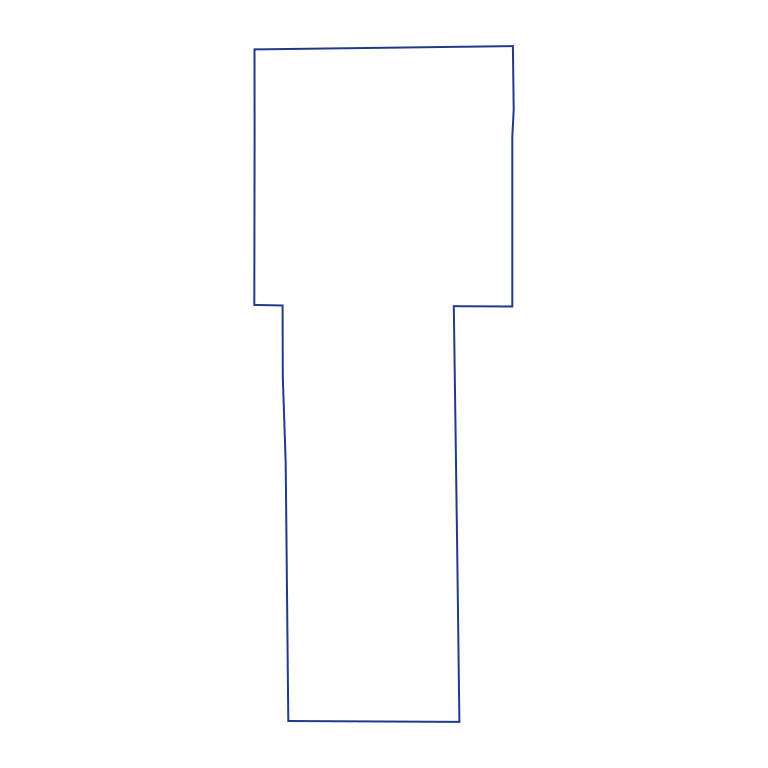 outline of Mille Lacs, Minnesota, United States of America
{"feature_id": "52423323B96230110326853", "entity_name": "Mille Lacs", "entity_type": "district", "adm_level": 2, "iso_a3": "USA", "parent_name": "United States of America", "parent_adm1": "Minnesota", "projection": "orthographic", "projection_center": [-93.624, 45.903], "detail": "fine", "context": "isolated", "style": "outline", "palette": "blue", "viewbox_px": 768, "rotation_deg": 0, "n_neighbors": 0, "source": "geoboundaries", "source_scale": "gbopen_adm2", "svg_char_len": 316}
<svg xmlns="http://www.w3.org/2000/svg" viewBox="0 0 768 768"><path d="M512.3,136.9L513.7,109.7L512.9,46.1L264.4,49.3L254.5,49.3L254.6,134.4L254.3,304.9L282.6,305.5L282.8,377.0L285.7,463.1L288.3,721.0L459.4,721.9L457.2,549.4L453.8,306.2L512.3,306.5L512.3,136.9Z" fill="none" stroke="#1e3a8a" stroke-width="2"/></svg>